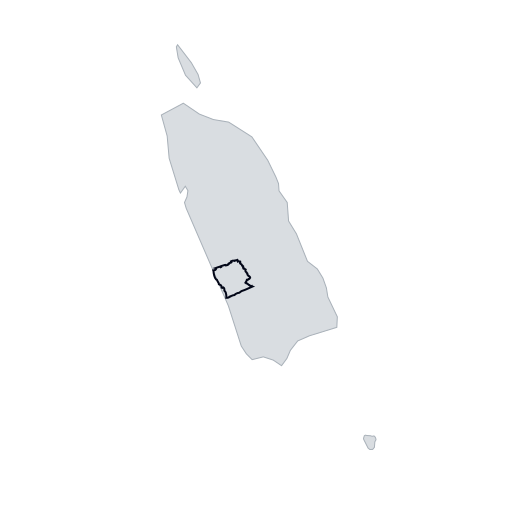 location of Arecibo, Puerto Rico, rotated 245°
{"feature_id": "32010507B88013752264410", "entity_name": "Arecibo", "entity_type": "district", "adm_level": 2, "iso_a3": "PRI", "parent_name": "Puerto Rico", "parent_adm1": "", "projection": "mercator", "projection_center": [-66.671, 18.404], "detail": "fine", "context": "in_parent", "style": "outline", "palette": "ink", "viewbox_px": 512, "rotation_deg": 245, "n_neighbors": 0, "source": "geoboundaries", "source_scale": "gbopen_adm2", "svg_char_len": 3715}
<svg xmlns="http://www.w3.org/2000/svg" viewBox="0 0 512 512"><g transform="rotate(245 256 256)"><path d="M338.7,218.4L344.0,221.9L349.1,221.4L345.0,214.1L348.7,214.1L381.3,218.6L402.3,226.2L423.8,229.8L425.2,254.7L408.6,264.6L397.7,275.0L388.9,287.8L365.7,302.6L337.7,307.1L319.1,307.4L312.1,307.0L305.3,304.4L291.3,306.9L273.9,300.3L259.0,302.0L229.4,300.4L218.3,306.1L207.7,307.3L197.3,306.3L188.5,303.8L166.5,304.0L157.2,299.1L161.1,270.7L161.4,257.9L156.0,247.3L150.1,240.7L145.8,232.8L154.4,227.6L161.5,220.0L163.7,208.7L171.5,205.9L180.6,204.6L222.5,209.9L328.7,212.9L334.7,213.8L338.7,218.4ZM458.4,279.1L445.0,280.2L436.3,278.8L433.4,273.5L449.6,268.5L468.5,269.2L479.2,272.2L480.6,274.2L458.4,279.1ZM42.4,287.3L40.8,287.5L39.2,287.3L38.5,286.8L37.4,285.2L32.6,282.5L31.4,280.0L32.5,277.4L34.5,276.4L44.3,276.1L45.3,276.4L47.3,278.2L47.4,279.4L46.4,280.7L44.7,283.8L43.9,284.6L43.4,285.4L43.1,286.8L42.4,287.3Z" fill="#d9dde1" stroke="#a8b0b8" stroke-width="1"/><path d="M260.3,237.5L260.3,237.2L260.1,237.1L260.4,236.9L260.5,236.4L260.4,236.2L260.6,236.0L260.5,235.6L260.6,235.2L260.9,234.8L260.7,234.3L261.2,233.8L261.4,233.4L261.6,233.0L261.6,232.8L261.7,231.7L261.7,231.1L261.2,231.1L260.7,231.1L260.6,230.8L260.6,230.4L260.7,229.9L260.8,229.3L260.6,228.9L260.7,228.4L260.4,228.3L260.2,227.9L260.4,227.6L260.3,227.0L260.0,226.8L259.8,226.6L260.2,224.6L260.3,224.5L260.8,224.6L261.0,224.0L261.1,223.7L261.2,222.9L261.5,220.7L261.6,219.7L261.4,219.5L261.0,219.7L260.8,219.7L260.8,219.1L261.2,219.0L261.6,219.0L262.0,215.8L262.0,215.1L262.1,214.3L261.8,214.6L261.3,214.4L261.0,214.1L260.6,213.3L260.9,211.4L261.0,211.2L260.3,211.1L258.9,210.6L257.9,210.3L256.9,210.1L256.6,210.0L255.4,209.8L255.2,209.8L254.2,209.7L253.9,209.7L253.0,209.7L252.8,209.8L251.7,209.9L251.0,210.5L250.5,210.5L249.5,210.5L248.3,210.6L247.0,210.7L246.1,210.4L245.8,210.6L245.2,211.2L245.0,211.3L244.8,211.5L244.1,211.9L243.1,211.9L242.2,211.6L241.8,211.5L241.3,212.0L241.3,212.4L241.4,213.0L240.7,213.4L240.0,213.4L239.9,213.4L239.6,213.4L239.1,213.2L238.5,212.9L238.3,212.9L237.9,212.7L237.2,212.9L236.6,213.1L235.5,213.1L235.4,213.1L234.3,212.8L233.6,212.7L232.8,212.4L232.3,212.2L231.1,211.7L230.7,211.4L230.2,212.4L230.2,212.7L230.0,213.3L230.1,213.7L230.0,213.8L230.0,214.1L230.1,214.7L230.1,215.4L230.3,215.4L230.2,217.2L230.1,218.1L230.1,218.6L229.7,220.0L229.8,220.4L230.0,220.6L230.2,221.6L230.2,222.1L230.2,222.7L230.2,223.6L229.9,224.7L229.8,225.0L229.8,225.5L230.2,227.4L230.3,227.9L230.3,228.3L230.0,231.1L230.0,231.3L229.9,233.9L229.9,234.4L229.8,239.9L230.0,239.7L230.2,239.3L230.5,239.4L230.5,239.0L230.6,238.6L231.1,238.6L231.2,238.3L231.3,238.3L231.7,238.1L232.0,237.8L232.2,237.7L232.5,237.7L232.8,237.3L233.9,236.8L234.3,236.6L234.7,236.4L235.0,236.2L235.2,235.7L235.6,235.5L235.9,235.8L236.4,235.7L236.5,235.5L237.7,237.2L238.3,237.6L238.4,237.8L238.3,238.1L237.9,238.4L237.9,238.7L238.0,239.0L238.2,239.5L238.1,239.8L238.1,240.1L238.3,240.2L238.4,240.9L238.7,241.2L238.8,241.5L239.0,241.6L239.8,241.6L240.2,241.4L240.6,241.3L240.9,240.9L241.2,240.7L242.0,240.6L242.4,240.4L243.1,240.5L243.4,240.5L243.6,240.7L243.8,240.8L244.2,240.6L244.6,240.6L244.9,240.4L245.3,240.5L246.0,240.1L246.5,240.0L246.9,240.2L247.3,240.3L247.8,240.4L248.1,240.8L248.2,240.7L248.9,240.4L249.2,240.3L249.5,240.0L249.6,239.5L249.8,239.3L250.2,239.3L250.4,239.6L251.0,239.8L251.4,239.7L251.5,239.6L252.1,240.0L252.5,239.8L252.8,239.8L253.2,239.6L253.3,239.3L253.8,239.4L254.6,239.3L255.1,238.9L255.5,238.7L255.9,238.7L256.1,238.5L256.6,238.7L256.7,239.0L257.1,239.2L257.5,239.3L257.6,238.7L258.0,238.7L258.5,238.2L258.7,237.7L258.7,237.3L259.0,237.4L259.5,237.5L260.3,237.5Z" fill="none" stroke="#020617" stroke-width="2"/></g></svg>